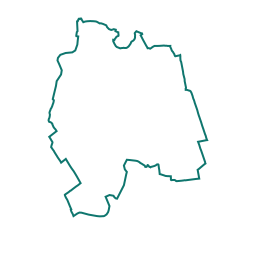 outline of Ogrezeni, Giurgiu, Romania, rotated 282°
{"feature_id": "2599482B64620511258400", "entity_name": "Ogrezeni", "entity_type": "district", "adm_level": 2, "iso_a3": "ROU", "parent_name": "Romania", "parent_adm1": "Giurgiu", "projection": "natural_earth1", "projection_center": [25.753, 44.398], "detail": "fine", "context": "isolated", "style": "outline", "palette": "teal", "viewbox_px": 256, "rotation_deg": 282, "n_neighbors": 0, "source": "geoboundaries", "source_scale": "gbopen_adm2", "svg_char_len": 5535}
<svg xmlns="http://www.w3.org/2000/svg" viewBox="0 0 256 256"><g transform="rotate(282 128 128)"><path d="M33.1,91.2L32.7,91.6L32.2,91.9L31.6,92.3L30.5,93.0L33.9,96.3L35.2,98.1L35.5,100.1L35.1,107.5L35.4,116.0L35.7,118.7L36.7,122.5L37.1,123.2L37.6,123.7L39.0,125.0L41.5,126.0L43.7,126.2L47.8,126.1L56.1,120.4L58.6,123.9L58.7,127.4L58.7,127.9L57.4,129.2L56.6,130.7L56.6,132.0L71.2,135.9L82.6,135.9L84.8,136.0L85.2,135.5L86.9,133.5L90.4,131.8L96.7,133.5L97.1,137.0L97.6,142.4L97.6,144.2L96.9,146.5L96.6,146.8L96.3,147.4L96.0,148.6L95.5,149.9L95.2,150.7L94.7,152.1L94.4,152.4L94.2,152.6L93.6,152.9L93.6,153.5L93.8,154.1L94.1,154.4L94.6,154.5L95.0,154.8L95.3,154.8L95.6,154.8L95.8,154.9L95.8,155.0L95.7,155.5L95.1,156.2L94.9,156.4L94.6,156.7L94.5,156.9L94.4,157.1L94.4,157.7L94.4,157.8L94.5,158.0L94.3,158.3L94.8,158.7L95.0,159.1L95.3,159.8L95.8,160.7L96.1,161.3L96.4,161.8L97.2,162.9L97.4,163.1L98.0,163.6L98.3,163.8L98.6,164.6L98.7,165.0L98.5,165.4L97.2,165.9L95.7,166.4L95.3,166.6L94.6,166.8L93.8,167.2L89.5,168.6L89.5,169.1L89.5,169.9L89.4,170.6L89.3,171.4L89.2,172.6L88.9,174.7L89.0,175.4L89.0,175.8L89.1,176.4L89.2,176.9L89.4,178.2L89.6,179.5L89.7,179.9L89.4,180.0L88.2,180.3L87.1,180.6L86.7,180.6L86.4,180.7L86.2,180.8L86.0,181.2L86.0,181.3L86.1,181.5L86.3,182.1L86.7,183.6L86.8,184.0L86.8,184.3L86.8,184.6L86.7,184.9L86.6,185.2L86.5,185.5L86.4,185.7L86.1,186.1L86.1,186.3L86.1,186.6L87.2,190.1L87.5,191.1L88.2,193.1L88.6,194.1L88.8,195.2L89.9,198.3L90.6,200.3L92.3,205.1L93.3,208.2L101.6,204.8L102.4,205.6L105.5,208.0L106.0,208.4L107.2,209.3L107.8,209.8L108.2,210.1L108.6,210.4L109.1,210.9L109.3,211.1L109.5,210.9L110.7,210.5L114.7,208.1L118.4,205.9L121.2,204.2L122.1,203.6L122.8,203.1L126.1,201.3L129.1,199.4L129.7,200.9L130.5,202.8L130.8,203.5L132.3,207.0L132.6,207.9L133.3,207.4L134.6,206.6L136.6,205.6L138.2,204.5L141.8,202.4L142.7,201.9L143.8,201.2L146.0,199.9L148.2,198.7L149.1,198.2L151.4,196.8L151.9,196.5L153.1,195.8L153.6,195.5L154.7,194.8L157.2,193.4L159.6,192.2L160.5,191.7L163.8,189.7L166.6,188.0L167.2,187.7L167.8,187.4L169.2,186.6L169.8,186.1L171.3,185.2L172.6,184.6L173.4,184.1L175.2,183.0L175.9,182.5L177.0,181.5L177.3,180.7L177.3,180.4L177.3,180.0L177.3,179.6L177.5,178.3L177.5,177.9L177.5,177.5L177.3,176.5L178.6,176.2L179.0,176.4L179.7,176.3L180.1,176.1L185.6,173.7L187.6,173.2L190.8,171.6L192.2,170.9L194.6,170.1L201.0,167.4L203.6,166.3L205.0,165.3L207.1,164.7L207.5,164.6L209.4,164.2L210.2,163.9L209.8,163.4L208.0,159.3L208.1,159.1L208.8,158.5L209.8,158.0L210.8,157.0L211.9,156.0L212.0,155.8L212.5,155.1L213.5,154.3L214.4,153.8L215.7,152.8L216.2,152.4L217.1,152.3L216.6,150.2L216.5,149.6L216.5,148.7L216.3,147.6L216.2,147.2L216.2,146.7L216.1,145.9L215.9,145.2L215.8,144.9L214.8,141.4L214.2,138.9L213.8,136.8L213.3,136.3L212.3,135.1L211.4,134.4L210.2,133.2L210.4,132.0L210.4,131.4L210.1,130.6L211.4,129.6L212.3,128.7L212.9,128.2L217.2,124.5L220.0,122.2L221.0,121.4L221.3,121.1L222.8,122.4L223.5,121.9L223.4,121.2L224.0,118.1L224.2,117.1L224.4,116.1L224.2,116.0L224.0,115.9L223.8,115.7L223.4,115.5L223.2,115.5L222.5,115.0L222.3,114.9L222.1,114.9L221.7,115.0L220.9,115.4L220.5,115.6L219.4,115.8L218.9,115.8L218.3,116.0L217.7,116.1L217.4,116.0L216.8,116.0L216.3,115.8L216.0,115.8L215.4,115.5L214.5,114.9L214.0,114.4L213.5,113.8L213.1,113.5L212.9,113.4L212.6,113.2L211.6,113.1L211.0,113.0L210.7,112.8L209.6,112.4L208.5,111.9L208.0,111.7L207.6,111.3L207.2,111.1L206.3,110.2L206.0,109.8L205.8,109.1L205.7,108.8L205.6,108.3L205.5,107.2L205.5,106.9L205.3,106.6L204.9,105.2L204.6,104.6L204.5,104.1L204.3,103.9L204.3,103.6L204.4,103.2L204.9,100.2L205.0,100.1L205.3,99.6L205.4,99.3L205.5,99.1L207.6,97.2L209.8,95.5L211.2,95.2L211.2,96.4L212.1,96.5L212.9,97.0L214.1,97.4L214.9,97.9L215.5,98.5L215.9,99.2L216.2,99.5L216.4,99.5L217.7,99.2L218.7,98.8L219.6,98.6L219.7,97.5L219.9,96.6L220.1,95.6L221.6,95.6L221.7,93.5L221.3,92.9L220.4,91.2L220.8,88.8L222.3,86.6L223.9,85.4L224.2,83.9L224.6,81.9L224.8,79.7L224.4,78.6L225.1,76.5L225.5,75.1L225.5,74.0L225.2,71.4L225.0,70.6L224.8,69.0L223.9,65.8L223.2,63.9L222.2,62.3L224.0,60.5L224.2,60.3L225.3,59.5L225.4,59.2L224.4,58.2L224.4,57.6L224.7,57.3L224.5,57.1L224.1,57.0L223.5,56.8L222.0,56.7L221.7,56.0L212.2,58.5L211.2,58.0L207.6,58.2L207.1,58.4L207.2,60.3L203.4,60.6L199.0,61.1L192.9,60.3L190.4,57.8L188.4,51.4L185.5,46.6L182.0,44.9L179.4,45.0L175.9,47.6L170.7,51.2L166.4,51.4L159.0,48.5L154.2,48.8L140.6,48.4L139.7,49.7L139.2,49.7L138.3,49.8L136.6,49.7L135.5,49.5L133.5,49.3L131.7,48.9L130.4,48.4L130.1,48.4L129.6,48.4L128.6,48.2L127.2,48.0L126.8,48.0L126.5,48.1L126.2,48.2L125.6,48.4L125.0,48.8L124.6,48.9L124.3,48.9L123.3,49.0L121.6,49.0L121.1,48.9L120.5,48.7L120.0,48.7L119.6,48.7L119.1,48.7L118.6,48.9L118.2,49.2L117.7,49.5L117.6,49.9L117.6,50.4L117.6,50.9L117.5,51.2L117.3,51.7L117.1,52.2L116.8,52.5L116.5,53.0L116.0,53.3L115.7,53.3L114.6,54.2L113.7,54.7L113.6,54.9L113.1,55.4L112.4,56.1L111.7,57.2L110.1,58.8L107.6,56.7L103.0,52.8L101.9,53.9L100.0,55.6L98.9,56.7L98.4,57.1L98.0,57.1L97.1,57.1L96.7,57.0L96.4,57.0L95.9,56.9L94.5,56.8L94.0,56.8L93.6,56.8L93.3,56.8L92.2,58.0L91.4,58.8L90.1,60.3L89.2,61.0L86.9,63.2L85.7,64.4L84.8,65.2L81.5,68.7L80.2,69.8L83.1,72.2L84.4,73.3L84.8,73.6L80.4,77.7L79.0,79.0L77.1,80.9L75.1,83.1L74.6,83.7L72.6,85.6L70.0,88.0L64.2,93.1L63.1,92.2L61.4,90.8L60.1,89.5L57.1,86.9L54.8,85.0L54.7,84.7L54.2,84.2L53.8,84.0L52.0,82.4L51.2,81.6L49.6,80.1L49.0,80.3L47.2,81.6L46.5,82.2L46.1,82.6L45.7,83.0L44.9,83.7L40.8,86.5L39.6,87.3L37.2,89.0L36.7,89.4L36.3,89.0L35.1,89.6L33.7,90.6L33.1,91.2Z" fill="none" stroke="#0f766e" stroke-width="2"/></g></svg>